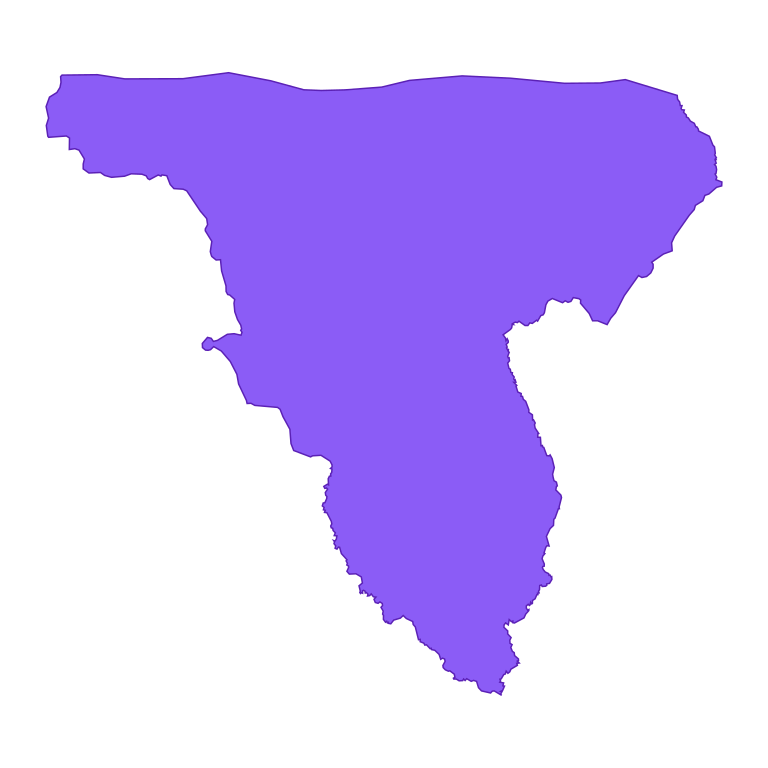 Sissala West, Upper West, Ghana
{"feature_id": "2480657B76140913943028", "entity_name": "Sissala West", "entity_type": "district", "adm_level": 2, "iso_a3": "GHA", "parent_name": "Ghana", "parent_adm1": "Upper West", "projection": "natural_earth1", "projection_center": [-2.221, 10.758], "detail": "fine", "context": "isolated", "style": "filled", "palette": "violet", "viewbox_px": 768, "rotation_deg": 0, "n_neighbors": 0, "source": "geoboundaries", "source_scale": "gbopen_adm2", "svg_char_len": 6088}
<svg xmlns="http://www.w3.org/2000/svg" viewBox="0 0 768 768"><path d="M359.8,592.5L360.5,593.5L361.4,592.7L362.6,593.2L362.5,590.8L363.5,590.3L365.0,591.1L365.3,593.0L366.3,592.5L368.0,594.2L367.5,596.0L369.7,595.6L371.2,593.9L373.4,596.8L375.9,597.1L374.0,599.3L375.3,602.5L378.1,603.3L379.9,601.9L382.3,603.5L382.5,605.6L381.0,607.3L383.2,611.1L382.6,614.1L383.5,615.4L383.4,619.4L385.5,622.2L386.7,621.3L387.2,622.6L388.3,622.3L388.2,623.3L390.8,623.8L393.7,620.1L400.4,618.1L403.2,615.5L406.3,618.5L412.7,621.5L413.2,624.5L415.3,626.9L418.5,639.7L420.2,639.4L420.2,641.7L423.9,643.2L424.8,645.1L426.5,644.8L430.2,648.7L431.2,648.3L431.6,649.6L434.8,650.3L439.1,654.4L440.7,659.3L442.5,658.2L444.6,659.0L445.1,661.4L442.9,665.5L443.2,667.6L445.3,669.8L448.4,671.2L449.8,670.8L454.3,674.2L454.9,677.3L453.4,678.2L453.7,679.0L456.4,679.1L459.1,680.8L462.7,680.6L463.6,679.0L465.1,680.5L466.7,678.7L471.2,681.3L473.6,680.4L476.6,681.4L478.5,687.7L481.5,690.9L490.6,693.0L492.2,691.2L494.2,690.9L501.6,695.3L500.6,694.1L502.0,691.6L500.8,691.3L502.6,690.5L504.5,686.1L502.9,685.8L503.6,682.9L499.8,682.2L500.6,681.0L499.9,679.2L501.2,678.9L503.7,674.6L505.3,674.0L506.2,671.2L507.9,673.3L509.8,671.8L510.9,669.2L517.4,665.3L516.7,663.3L519.2,663.0L517.3,661.1L518.5,660.5L518.4,658.9L514.6,655.6L514.2,652.6L512.4,651.4L510.8,647.5L512.1,644.6L510.0,643.3L509.8,640.2L511.1,637.6L507.7,633.9L507.7,630.9L503.9,627.3L504.1,624.9L505.6,622.9L508.3,624.9L509.2,619.6L511.5,621.7L512.8,621.1L512.8,622.7L514.5,623.0L524.0,617.9L525.7,614.1L528.8,610.6L528.9,609.5L527.6,610.1L526.3,608.1L526.3,605.9L528.2,604.3L529.3,605.5L530.1,604.9L530.6,602.3L531.7,603.9L532.4,603.4L532.5,600.5L535.1,598.8L536.8,594.8L537.9,594.6L537.5,593.2L539.1,592.9L538.5,591.2L539.5,589.8L539.7,585.5L541.4,585.0L542.2,586.5L545.6,586.2L546.8,585.3L546.7,583.9L549.5,583.4L551.9,579.4L551.7,576.6L551.0,576.8L550.0,575.0L549.0,575.3L548.6,573.6L545.2,572.0L543.2,569.5L542.4,567.6L542.8,566.5L544.2,566.2L544.3,564.0L542.1,558.7L542.8,556.1L544.9,553.6L544.0,553.0L545.8,547.3L547.0,545.7L549.1,546.0L546.4,536.4L550.1,528.6L553.5,525.4L553.8,519.3L555.0,518.2L558.4,508.7L559.4,508.7L559.1,507.0L561.5,497.6L560.9,495.1L555.8,489.9L556.4,486.6L557.3,485.9L556.4,482.1L554.0,480.7L553.1,477.1L552.6,474.2L554.3,467.6L552.1,458.6L550.1,454.9L549.2,455.9L546.8,455.6L543.8,447.4L542.5,446.8L542.4,445.5L541.0,445.7L540.4,437.3L537.7,437.2L537.9,433.7L538.7,433.5L535.1,428.0L534.5,424.7L535.2,423.0L533.5,419.8L532.6,420.0L532.4,414.8L528.8,412.3L528.9,409.8L525.7,401.3L523.3,399.3L522.5,396.4L521.0,396.3L521.2,393.5L517.8,392.0L516.0,386.1L516.8,385.4L513.8,382.3L515.9,382.2L515.1,379.7L514.5,380.1L513.7,378.9L514.2,377.0L512.1,374.5L512.4,372.7L510.8,372.4L510.3,369.2L509.0,368.4L507.7,363.1L509.5,360.8L509.1,357.7L508.3,357.9L507.7,356.4L509.2,352.3L508.2,351.4L508.5,348.9L507.7,350.1L506.5,347.9L507.2,347.1L506.2,344.3L508.2,342.5L508.3,341.1L507.2,338.8L506.0,340.7L505.5,338.1L503.1,334.8L510.5,329.4L511.7,327.8L512.2,324.4L513.4,324.5L512.5,323.7L515.3,322.1L517.4,322.6L519.0,321.2L525.0,325.5L527.9,325.5L529.8,322.9L532.3,323.4L536.6,320.2L537.6,321.1L540.8,315.6L543.2,314.8L544.4,312.7L545.9,304.8L547.9,301.1L552.3,298.5L562.6,302.7L565.2,300.8L568.0,302.3L570.9,301.4L573.3,297.6L579.0,298.7L580.7,300.0L580.5,303.2L589.2,313.5L592.6,320.8L597.7,320.8L607.1,324.6L610.7,318.3L615.5,312.7L624.3,295.6L638.5,275.6L641.9,277.5L646.6,276.5L650.8,272.9L653.1,268.2L653.1,264.2L651.7,262.2L663.5,254.0L672.2,250.8L671.6,242.8L674.7,236.0L689.3,215.2L694.2,209.6L695.4,205.4L702.9,200.7L704.9,195.4L708.9,194.0L716.6,187.3L721.7,185.9L721.9,182.0L715.9,179.7L716.8,177.2L715.1,174.0L716.0,173.4L716.6,169.6L716.0,166.2L714.5,164.5L716.2,163.2L715.1,159.8L716.1,159.6L715.5,158.7L716.4,157.8L714.7,154.9L715.3,153.3L714.5,146.8L712.9,145.1L709.4,136.3L698.6,131.0L698.3,129.1L696.8,126.8L695.8,126.8L694.3,123.3L690.4,121.1L688.3,117.9L686.4,117.0L686.3,115.0L683.6,112.4L684.3,110.0L681.8,109.7L681.1,108.6L682.0,105.6L680.3,105.6L679.6,101.9L677.6,99.3L677.2,95.4L625.3,79.6L600.3,83.0L564.5,83.3L510.5,78.2L462.1,75.9L409.5,80.4L381.7,87.1L344.8,89.9L321.3,90.5L303.8,89.8L270.8,80.8L228.6,72.7L182.9,78.7L124.9,78.9L97.3,74.7L62.0,75.1L60.6,76.6L61.0,82.3L60.0,87.4L56.9,92.5L49.5,97.1L46.1,106.6L48.6,118.1L46.3,125.5L47.8,136.2L48.6,137.3L66.4,136.0L69.5,138.0L69.3,149.5L74.9,148.7L79.0,150.1L84.4,159.0L83.2,164.0L83.2,168.9L88.9,173.0L100.5,172.5L104.6,175.4L111.5,177.3L124.6,176.2L131.2,173.8L141.9,174.2L146.3,175.9L147.7,178.5L149.6,179.6L158.2,175.0L161.0,176.1L162.0,174.9L166.8,175.7L170.2,184.5L173.9,188.6L183.2,189.2L186.7,190.8L200.4,211.2L206.7,218.6L207.6,224.7L205.3,228.9L205.3,230.8L211.8,241.3L210.3,251.6L211.2,255.0L211.8,256.5L216.1,260.0L220.5,259.7L221.6,270.9L226.0,285.9L226.1,291.5L227.7,294.5L229.7,295.0L234.7,299.4L234.0,303.2L234.8,311.8L237.5,319.5L240.8,325.2L241.6,329.0L240.7,330.3L242.0,332.3L241.0,335.2L234.1,333.7L227.3,334.3L217.4,340.4L213.4,341.4L211.2,338.3L207.5,337.4L202.3,343.5L202.5,347.6L205.5,350.1L208.1,350.3L210.5,349.7L213.7,346.6L221.3,351.0L230.3,361.5L236.9,374.3L238.6,384.0L246.4,400.4L247.1,403.5L251.0,403.3L254.8,405.4L277.6,407.4L280.1,409.3L283.0,416.7L289.9,429.3L291.0,443.6L293.7,450.5L310.6,456.9L312.6,455.8L321.0,455.3L330.1,461.1L332.0,464.8L332.1,466.9L330.5,468.5L332.0,469.0L331.7,472.4L330.6,473.9L330.8,476.1L329.4,476.2L328.2,478.7L328.5,484.8L327.4,484.2L323.8,486.4L324.8,488.4L326.5,488.0L327.6,489.1L325.3,492.5L325.7,495.2L326.9,496.5L326.7,498.6L324.9,502.7L323.2,503.0L322.3,505.9L324.1,507.4L323.4,509.8L325.3,510.3L324.5,512.4L326.9,512.7L331.3,521.3L331.8,523.9L330.7,526.0L331.2,527.8L332.7,528.3L333.1,530.5L335.3,532.8L334.2,535.6L336.9,535.9L336.3,539.2L334.9,541.1L333.7,540.6L334.5,541.8L334.0,543.7L335.7,545.8L335.1,548.3L337.0,549.1L338.4,547.1L339.6,547.3L341.4,553.6L347.0,559.8L346.1,560.9L347.4,563.2L346.8,565.0L348.5,566.0L348.6,567.5L346.9,571.3L349.3,574.1L356.0,573.8L361.3,576.9L362.4,583.0L359.0,585.8L360.3,591.1L359.8,592.5Z" fill="#8b5cf6" stroke="#5b21b6" stroke-width="1.5"/></svg>